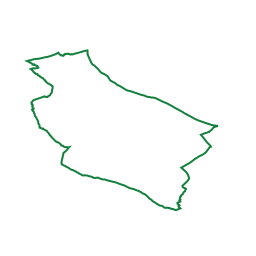 the district of Hof nor, Vestfold, Norway, rotated 164°
{"feature_id": "86288312B12801335052403", "entity_name": "Hof nor", "entity_type": "district", "adm_level": 2, "iso_a3": "NOR", "parent_name": "Norway", "parent_adm1": "Vestfold", "projection": "equal_earth", "projection_center": [10.058, 59.556], "detail": "fine", "context": "isolated", "style": "outline", "palette": "green", "viewbox_px": 256, "rotation_deg": 164, "n_neighbors": 0, "source": "geoboundaries", "source_scale": "gbopen_adm2", "svg_char_len": 5760}
<svg xmlns="http://www.w3.org/2000/svg" viewBox="0 0 256 256"><g transform="rotate(164 128 128)"><path d="M145.6,213.8L149.2,214.0L157.5,214.0L158.4,214.2L160.9,214.0L161.4,214.1L161.9,214.5L162.4,214.4L162.6,214.6L163.5,214.7L163.8,215.2L164.6,215.4L165.3,216.0L166.1,216.0L166.4,216.2L167.3,216.2L168.0,216.6L168.5,216.4L169.2,216.3L169.3,216.2L169.2,215.8L169.5,215.7L170.2,215.2L171.3,215.7L171.7,216.3L172.4,216.3L173.7,218.1L173.9,218.6L174.0,219.4L174.1,219.6L176.9,219.0L177.9,218.9L181.8,218.6L185.2,218.5L188.5,218.9L190.6,218.9L194.5,219.2L199.2,220.0L200.9,220.1L202.4,220.0L204.3,220.2L206.6,220.2L204.6,218.5L204.4,218.3L204.3,218.0L202.7,216.6L202.3,215.8L202.1,215.7L202.2,215.3L201.8,215.3L201.6,215.1L201.3,215.1L201.2,214.8L200.9,214.9L200.9,214.5L200.3,214.3L199.3,213.5L198.9,213.0L198.6,213.0L197.9,212.5L197.9,211.7L197.5,210.8L197.5,210.7L198.9,210.6L200.4,210.8L202.7,211.4L202.9,211.6L205.2,211.4L204.9,211.1L204.7,211.0L204.4,210.2L203.9,209.5L203.5,208.5L203.5,208.3L203.4,208.1L203.3,207.9L203.0,207.7L202.9,207.1L202.6,206.7L202.2,206.5L202.0,205.8L201.8,205.6L200.4,204.9L200.6,204.6L200.5,204.3L200.3,204.2L199.9,203.3L198.6,202.6L198.6,202.1L198.4,201.8L198.2,201.2L197.1,200.3L197.0,200.0L196.7,199.9L196.1,199.4L195.9,199.0L195.8,198.5L195.5,198.1L195.3,197.6L194.8,197.2L194.7,196.2L194.4,196.1L194.0,195.3L194.0,194.9L193.0,193.5L192.6,192.8L192.0,192.5L191.7,192.0L191.2,191.6L190.6,190.9L190.4,190.8L189.9,190.1L189.8,189.8L189.0,189.1L189.0,188.5L189.6,186.9L190.8,185.0L191.1,183.7L191.4,183.2L193.2,181.9L194.0,181.0L195.7,180.6L196.8,180.0L197.5,180.3L197.9,180.3L198.4,180.7L198.9,180.7L199.2,181.1L199.7,181.5L201.1,181.3L211.3,180.8L211.7,180.4L212.1,180.3L213.9,178.9L213.7,178.5L213.9,177.9L213.7,177.6L214.0,177.4L213.5,175.9L213.3,175.9L213.4,175.5L214.0,175.2L214.1,174.9L214.0,173.9L214.0,173.3L213.9,173.1L213.4,172.8L213.7,172.5L213.7,172.3L214.1,172.2L214.7,171.9L215.1,172.0L215.0,171.3L214.5,170.5L214.6,170.4L214.1,169.9L214.3,168.5L214.2,168.0L213.9,167.5L213.9,167.0L214.2,165.5L213.7,164.5L212.5,159.1L213.0,157.1L212.7,156.6L212.3,155.2L212.5,154.8L212.6,153.9L212.7,153.7L212.5,153.4L212.8,152.7L212.0,152.0L211.4,151.8L210.5,150.8L209.9,150.8L209.9,150.4L208.5,149.2L208.1,148.7L207.1,147.9L206.7,147.4L206.6,146.5L206.1,145.8L205.8,145.1L205.2,143.1L204.9,142.7L205.0,142.4L204.5,141.7L203.4,139.1L202.8,138.2L201.2,135.0L200.6,134.7L199.8,133.7L198.8,133.2L197.9,132.1L197.4,131.2L197.0,130.3L197.1,130.0L197.0,129.7L196.7,129.5L195.4,128.9L195.3,128.4L194.3,127.1L193.4,126.8L192.8,126.8L191.2,126.0L190.6,125.8L189.9,125.8L192.3,124.1L194.8,122.6L196.8,121.9L197.8,120.1L197.9,119.5L198.6,118.7L199.2,117.3L199.8,116.6L200.7,114.8L201.0,114.3L201.1,113.9L201.4,113.5L201.4,112.7L201.8,111.4L200.4,110.2L199.8,109.5L199.0,109.0L197.9,107.7L196.7,106.7L194.3,103.9L193.3,103.1L192.8,102.9L192.1,102.2L191.5,101.8L190.8,101.1L190.6,100.8L189.9,100.3L189.3,99.4L188.2,98.7L188.1,98.3L187.8,97.9L187.3,97.6L186.9,97.0L185.7,96.1L184.7,94.9L181.9,94.2L181.0,93.8L180.4,93.6L178.9,92.5L176.7,91.4L176.4,91.1L175.7,90.6L175.5,90.3L174.6,89.5L173.7,89.1L172.6,88.9L172.0,88.9L171.0,88.6L170.6,88.6L170.1,88.0L169.9,87.9L166.9,85.8L165.7,85.2L164.2,84.8L162.9,83.7L161.8,83.2L160.2,82.1L159.2,81.6L157.6,80.6L154.8,79.1L154.1,78.6L152.1,77.0L150.8,76.1L150.2,75.7L149.2,75.0L148.1,74.3L147.3,73.7L143.1,69.8L139.5,67.8L136.4,65.4L135.0,64.5L134.0,63.4L133.2,62.8L132.0,61.1L131.4,60.7L130.1,59.7L129.1,58.3L127.9,56.4L126.9,54.3L126.4,53.7L125.8,53.2L125.2,52.5L124.5,50.8L122.7,49.1L121.1,47.0L120.5,46.5L118.8,44.7L117.4,44.0L116.6,43.7L115.2,41.7L114.7,41.2L113.9,40.9L113.1,40.9L112.9,40.8L112.9,40.7L112.0,40.5L111.7,40.3L111.2,40.0L110.5,39.8L110.5,39.7L110.2,39.5L109.7,39.3L109.3,38.7L108.8,38.4L108.5,38.4L107.7,38.0L107.6,37.9L107.1,37.7L105.6,36.6L105.5,36.3L104.4,35.8L103.4,36.0L102.6,36.0L99.9,36.3L100.6,37.4L100.9,37.6L100.9,37.8L101.0,38.0L101.0,38.8L101.0,39.0L100.3,39.2L99.8,39.4L100.0,39.6L100.0,39.8L100.8,40.7L100.7,41.4L101.1,41.6L100.7,42.1L101.0,42.4L101.0,42.5L100.1,42.6L99.6,42.6L98.7,42.9L98.4,42.8L97.9,42.8L97.9,43.1L98.1,43.3L98.2,43.6L98.5,43.8L98.6,44.1L97.6,44.6L97.9,44.9L97.8,45.1L97.9,45.3L97.7,45.7L97.7,45.9L96.9,46.9L96.5,47.2L96.6,47.6L96.1,47.8L96.1,48.0L95.8,48.3L95.1,48.8L94.0,49.0L93.9,49.1L93.9,49.3L93.3,49.6L93.0,49.9L92.8,50.3L92.6,50.6L91.4,51.3L90.5,51.6L90.3,52.1L89.8,52.8L89.0,53.5L89.9,54.5L91.0,55.3L91.6,56.0L91.8,56.7L91.8,57.1L91.6,57.4L86.4,60.1L83.8,61.9L83.1,62.8L83.2,66.6L84.3,69.8L87.7,75.2L78.0,77.5L76.9,77.9L72.4,79.7L69.0,80.6L67.4,81.2L64.3,81.7L61.3,82.5L59.4,83.4L58.7,84.0L55.1,86.8L54.6,87.0L53.5,87.1L53.6,87.9L54.5,89.8L56.1,92.5L57.4,96.0L59.8,101.4L55.0,101.8L52.2,101.8L51.6,102.0L51.2,101.9L51.1,102.1L48.3,103.1L47.1,104.0L45.2,105.1L40.9,105.2L44.6,106.7L45.8,107.4L47.3,108.1L48.3,109.0L50.2,110.2L57.8,115.5L59.2,116.7L60.4,117.6L61.3,118.4L64.0,121.1L64.9,122.1L66.8,123.8L68.0,125.1L69.5,126.4L71.0,128.2L74.6,131.8L77.3,134.4L77.9,134.9L78.5,135.8L79.1,136.3L80.9,138.2L81.7,138.8L82.8,140.1L83.2,140.3L83.9,141.1L87.0,143.4L88.4,144.7L89.1,145.3L93.2,149.1L93.6,149.4L94.0,149.5L95.5,150.4L96.9,150.7L98.0,151.4L101.1,152.8L103.5,154.8L105.1,155.6L106.7,156.6L115.4,162.7L116.6,163.3L118.9,164.7L124.1,170.4L126.1,172.1L126.7,172.7L127.6,174.2L127.7,174.5L128.2,175.1L129.3,175.9L132.0,178.7L133.0,182.4L133.6,183.8L136.0,186.4L136.9,187.1L138.5,188.7L138.9,189.2L140.7,193.2L141.3,194.1L141.4,194.4L141.6,194.6L142.1,195.6L142.8,196.8L143.7,198.0L144.5,198.8L144.8,199.3L144.9,199.5L144.9,199.8L145.2,200.4L145.5,203.1L145.8,204.2L146.0,204.6L146.0,205.0L145.9,205.7L146.3,207.6L146.3,208.4L146.4,208.6L146.5,210.6L146.3,211.0L145.6,213.2L145.6,213.8Z" fill="none" stroke="#15803d" stroke-width="2"/></g></svg>